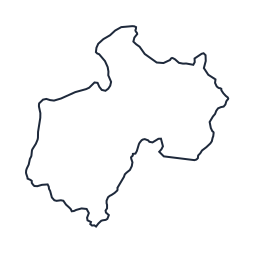 outline of Edo, rotated 187°
{"feature_id": "NGA-2861", "entity_name": "Edo", "entity_type": "State", "adm_level": 1, "iso_a3": "NGA", "parent_name": "Nigeria", "parent_adm1": "", "projection": "mercator", "projection_center": [5.875, 6.657], "detail": "fine", "context": "isolated", "style": "outline", "palette": "slate", "viewbox_px": 256, "rotation_deg": 187, "n_neighbors": 0, "source": "natural_earth", "source_scale": "10m", "svg_char_len": 2434}
<svg xmlns="http://www.w3.org/2000/svg" viewBox="0 0 256 256"><g transform="rotate(187 128 128)"><path d="M219.2,141.6L215.8,145.8L212.6,146.9L208.7,146.2L204.8,146.2L198.1,149.1L184.7,157.2L174.3,161.5L171.4,163.3L166.8,169.1L163.7,169.1L161.5,165.4L158.7,162.6L154.9,162.2L152.4,164.6L150.8,167.8L150.4,171.7L154.0,177.9L154.3,181.6L155.6,186.0L159.0,191.6L165.6,197.7L167.6,198.2L169.1,199.4L169.1,203.8L167.8,208.0L163.3,213.2L157.1,217.9L152.6,223.2L147.0,227.3L136.2,229.6L134.2,229.7L132.3,229.1L132.2,227.3L132.6,226.0L132.0,224.7L130.8,223.6L130.3,222.4L132.7,218.5L133.2,214.4L130.1,212.1L126.4,210.1L120.4,203.5L107.5,196.5L100.7,196.8L94.6,200.6L93.9,202.1L92.8,202.9L91.7,202.7L89.7,201.9L85.4,198.9L81.3,198.6L78.0,199.1L70.9,198.7L69.8,201.5L70.4,205.1L64.0,210.6L62.1,211.4L59.9,209.7L59.0,204.0L60.0,196.7L54.8,190.6L47.1,186.9L47.1,183.4L45.1,180.2L43.9,179.3L42.5,178.7L41.2,178.7L40.2,178.3L39.9,176.8L37.6,174.1L34.9,171.8L32.7,170.5L32.1,169.4L32.3,168.6L33.0,167.8L33.7,166.4L34.2,163.2L35.7,160.9L38.2,160.1L41.0,158.5L42.5,155.8L43.3,152.5L45.1,149.8L47.7,143.9L45.8,138.1L43.9,135.1L42.9,134.6L42.4,133.7L42.4,130.2L42.8,128.7L43.2,125.0L44.4,122.7L47.9,118.5L51.8,114.7L53.2,111.7L55.0,109.3L55.0,106.5L56.3,105.0L58.1,104.2L89.0,104.2L94.1,108.2L92.2,111.0L91.1,114.1L94.0,121.4L96.5,121.0L101.9,116.7L105.1,116.9L106.5,118.2L110.0,119.0L111.8,118.4L113.0,117.5L114.6,114.9L115.2,113.4L116.4,106.3L117.5,103.5L120.0,102.9L119.9,101.2L120.4,100.4L120.9,100.2L121.4,99.2L121.0,97.8L119.4,94.5L119.6,90.6L121.0,86.6L124.0,83.5L125.5,81.6L126.1,78.9L131.2,67.3L130.9,66.1L131.0,64.7L133.4,61.9L136.1,59.6L137.9,58.4L139.4,56.8L140.4,53.2L140.1,50.7L139.4,49.1L139.0,45.7L140.2,43.3L139.6,41.4L136.4,39.2L137.4,35.3L138.9,34.1L141.8,33.3L143.2,32.7L145.7,29.7L147.7,26.3L149.6,27.3L151.8,26.8L153.7,28.0L153.3,30.2L156.9,31.4L157.7,33.9L156.5,38.8L159.2,42.6L164.3,42.5L169.4,40.4L171.6,39.0L173.7,38.5L174.9,40.5L176.5,41.8L180.2,44.4L183.3,47.9L185.8,48.1L190.0,47.0L192.3,47.3L195.1,49.8L197.6,56.0L199.0,58.0L199.5,60.1L200.9,62.2L206.5,61.1L210.9,59.2L213.9,59.0L215.5,60.3L216.8,61.8L217.1,63.8L218.5,64.6L221.5,65.5L221.7,66.5L223.5,70.3L223.8,71.3L223.9,73.5L223.5,75.5L222.1,79.6L221.6,85.3L220.6,88.0L220.5,89.1L220.6,94.0L220.4,95.0L217.5,101.2L216.3,105.5L216.2,107.3L216.8,113.2L216.3,127.4L216.8,132.1L219.0,138.4L219.2,140.0L219.2,141.6Z" fill="none" stroke="#1e293b" stroke-width="2"/></g></svg>